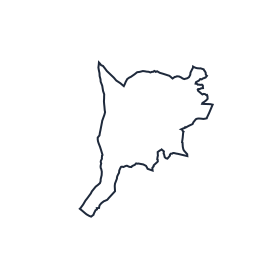 the district of Al Usayrat, Suhaj, Egypt, rotated 219°
{"feature_id": "37247803B53334820254906", "entity_name": "Al Usayrat", "entity_type": "district", "adm_level": 2, "iso_a3": "EGY", "parent_name": "Egypt", "parent_adm1": "Suhaj", "projection": "robinson", "projection_center": [31.804, 26.401], "detail": "fine", "context": "isolated", "style": "outline", "palette": "slate", "viewbox_px": 256, "rotation_deg": 219, "n_neighbors": 0, "source": "geoboundaries", "source_scale": "gbopen_adm2", "svg_char_len": 3585}
<svg xmlns="http://www.w3.org/2000/svg" viewBox="0 0 256 256"><g transform="rotate(219 128 128)"><path d="M72.9,185.1L73.2,185.7L74.3,190.3L76.9,199.4L79.1,198.3L84.1,194.5L85.6,193.4L85.9,194.4L85.2,196.3L84.6,198.9L84.5,200.8L85.7,202.1L86.3,202.8L86.9,202.8L87.5,203.4L88.2,202.8L89.4,202.8L90.6,202.2L91.3,200.9L91.9,200.9L95.5,201.0L96.8,201.0L98.0,201.7L98.0,202.4L97.3,203.0L96.7,203.6L96.1,204.9L94.8,206.2L95.4,206.8L96.6,208.1L97.8,208.2L98.5,207.5L99.1,206.9L100.3,206.3L101.0,205.6L102.2,205.7L103.4,205.0L104.0,206.4L102.7,209.6L102.7,211.5L101.4,212.1L100.8,214.0L100.2,214.7L100.1,215.3L99.5,215.9L99.5,217.2L99.5,218.2L100.2,218.2L101.3,218.6L102.5,219.9L104.3,220.6L104.9,220.6L106.1,221.2L109.2,220.0L109.8,219.4L111.7,218.1L112.9,217.5L114.8,216.9L116.1,216.7L115.4,215.6L114.9,213.0L114.3,210.4L113.1,208.5L112.6,205.9L113.2,204.0L115.1,201.4L117.0,200.8L118.2,200.8L120.7,200.2L122.5,199.0L123.2,197.7L123.8,197.1L124.5,194.5L125.1,194.5L126.9,194.6L128.7,194.6L131.8,193.4L134.9,192.2L138.0,190.9L141.1,190.4L141.7,189.1L142.9,189.1L143.5,188.9L143.6,187.8L144.2,187.2L144.8,186.6L145.5,185.3L147.3,184.7L149.2,183.4L150.4,182.8L152.3,181.6L154.2,179.0L156.0,177.1L156.7,173.9L158.0,169.4L158.7,168.1L159.4,165.6L158.8,162.3L158.2,160.4L157.6,157.9L158.4,157.9L162.1,158.0L167.0,157.5L170.7,158.2L180.4,159.0L183.5,159.8L186.5,160.5L188.4,159.9L190.4,160.4L191.8,160.6L190.5,158.7L189.1,156.4L187.3,154.8L184.7,152.7L182.7,150.5L180.1,148.6L178.4,146.8L174.6,144.6L172.6,142.8L170.7,141.1L167.7,139.2L166.2,137.2L165.3,136.1L163.5,133.6L161.6,131.6L159.8,129.8L157.3,127.2L155.8,125.9L154.7,123.5L152.5,117.2L152.1,116.6L149.4,111.5L147.8,108.5L146.9,106.7L145.5,104.3L145.5,103.1L145.5,101.5L144.2,99.9L143.7,99.5L143.1,98.9L141.3,97.7L137.8,95.7L135.5,94.2L130.8,91.0L130.8,90.1L130.2,89.4L129.7,88.5L129.1,87.9L128.9,87.7L128.5,85.7L128.1,84.8L127.4,84.1L126.6,83.7L126.2,82.8L125.3,81.1L124.1,79.8L122.9,79.2L120.8,77.5L118.8,74.8L117.0,71.0L115.8,69.4L115.1,67.5L115.5,65.0L116.2,62.1L116.2,58.4L116.2,56.0L115.7,53.7L115.4,47.2L115.4,44.9L114.7,40.3L114.5,35.9L114.6,34.9L111.4,34.9L107.7,34.8L105.9,34.8L102.8,35.3L100.9,35.9L100.6,37.1L100.2,38.9L100.4,39.3L100.8,40.5L101.2,42.4L101.5,43.6L100.9,45.2L101.8,46.1L101.4,46.4L100.8,47.1L100.2,47.7L100.6,48.3L101.4,49.9L101.4,50.8L101.4,51.4L101.4,52.7L100.7,55.8L100.3,56.5L99.0,59.0L98.9,59.8L98.9,61.1L98.5,67.5L98.3,70.7L101.3,74.0L101.9,74.7L103.1,76.6L104.8,81.8L105.4,82.5L106.0,83.8L106.6,86.4L106.6,87.0L107.2,88.3L107.8,89.0L108.3,90.3L108.9,92.9L108.9,93.5L108.3,94.2L107.0,94.8L106.4,96.1L105.7,97.3L105.1,98.0L102.6,98.6L100.8,99.8L100.8,101.1L99.5,103.7L99.5,104.3L99.4,105.6L98.2,106.2L97.6,106.9L93.2,109.3L90.2,109.9L88.3,109.2L87.1,108.6L82.1,110.4L83.4,111.7L84.0,112.4L84.0,113.0L83.9,114.3L84.5,115.0L84.5,115.6L83.8,120.1L83.8,120.8L84.4,121.4L85.0,122.1L85.6,122.1L86.8,124.1L87.4,125.4L88.0,126.0L89.2,127.3L89.8,128.0L89.1,130.6L88.5,131.8L88.4,132.5L86.0,132.4L85.4,132.4L84.2,130.5L83.6,130.4L81.2,128.5L80.6,128.4L79.4,128.4L78.1,129.0L78.0,132.9L78.6,133.6L78.6,134.2L78.6,134.9L77.4,136.1L77.3,136.8L76.7,137.4L74.2,138.6L73.0,139.3L64.2,143.5L64.9,144.2L65.5,144.9L69.8,145.6L70.4,145.7L71.6,146.3L73.4,147.7L74.0,148.3L75.2,149.6L76.4,150.9L77.0,150.9L79.4,154.9L82.4,159.4L82.5,160.1L83.0,160.1L83.6,160.1L84.8,160.8L85.8,160.5L84.7,162.7L84.1,163.4L84.1,164.6L83.5,164.6L82.2,167.8L80.3,171.7L80.8,173.6L80.8,175.5L80.8,176.2L80.8,177.5L80.1,178.8L79.5,179.4L78.9,180.0L77.0,181.3L75.1,182.5L73.9,183.8L72.9,185.1Z" fill="none" stroke="#1e293b" stroke-width="2"/></g></svg>